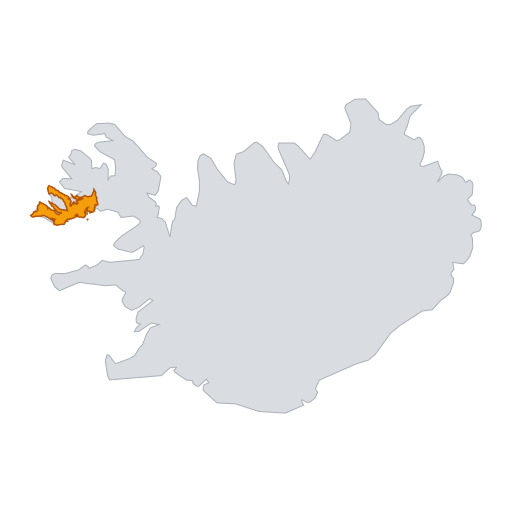 location of Vesturbyggð, Vestfirðir, Iceland
{"feature_id": "244011B84482513465742", "entity_name": "Vesturbyggð", "entity_type": "district", "adm_level": 2, "iso_a3": "ISL", "parent_name": "Iceland", "parent_adm1": "Vestfirðir", "projection": "orthographic", "projection_center": [-23.535, 65.593], "detail": "fine", "context": "in_parent", "style": "filled", "palette": "amber", "viewbox_px": 512, "rotation_deg": 0, "n_neighbors": 0, "source": "geoboundaries", "source_scale": "gbopen_adm2", "svg_char_len": 8956}
<svg xmlns="http://www.w3.org/2000/svg" viewBox="0 0 512 512"><path d="M386.3,124.6L390.8,124.4L397.7,120.1L406.9,108.9L411.1,106.2L421.2,104.7L410.2,115.9L407.0,126.9L404.3,132.4L404.6,134.7L414.2,139.8L418.2,137.1L420.1,137.7L422.2,140.4L424.2,146.1L424.3,152.3L422.6,158.8L419.9,164.4L420.6,166.0L423.5,166.4L437.6,161.3L440.3,168.5L442.0,170.8L441.9,173.4L437.3,182.3L443.4,176.2L448.6,174.0L458.2,175.1L462.5,177.5L465.5,182.3L469.8,179.9L472.4,182.5L473.0,185.6L472.2,194.5L467.4,199.7L471.7,205.3L474.5,205.0L475.2,206.4L475.5,210.1L471.9,215.1L479.7,218.7L480.9,220.4L481.3,225.9L480.6,229.2L478.7,231.4L473.6,232.5L470.8,235.0L472.4,238.3L472.8,247.7L469.9,256.0L466.7,260.6L463.4,263.8L452.6,262.4L454.0,268.9L450.8,273.5L452.0,276.8L453.6,278.3L453.5,282.7L450.0,292.4L447.1,295.8L440.8,300.3L432.2,309.8L422.3,311.0L399.4,325.8L390.5,333.3L375.3,354.3L368.5,360.1L356.2,363.9L319.3,380.1L315.7,388.0L315.6,389.6L317.6,392.3L315.2,397.9L309.7,402.3L307.0,402.4L301.9,399.7L301.5,401.2L303.7,405.1L285.4,413.1L259.0,411.5L235.4,403.8L217.0,402.9L203.5,390.7L203.0,388.7L204.2,384.7L208.8,382.8L206.4,379.0L198.9,386.2L196.4,386.1L193.0,383.5L192.8,380.8L186.3,380.0L174.8,372.2L173.9,370.4L176.5,367.6L175.9,367.1L169.9,367.8L161.4,375.6L109.5,379.9L107.7,375.9L105.3,361.1L107.0,354.8L109.2,355.4L115.4,363.7L129.1,358.8L134.7,355.5L139.7,347.3L142.6,344.6L146.5,334.2L150.5,327.8L159.1,324.6L151.3,323.0L138.6,331.6L134.3,331.7L136.2,328.1L140.6,323.9L137.5,323.7L136.3,321.9L136.1,318.1L138.2,311.9L153.0,300.5L149.4,298.6L139.1,307.2L131.6,310.3L125.2,306.6L122.2,301.5L122.3,299.3L125.8,292.7L125.2,291.4L122.7,290.8L115.9,284.9L105.3,285.7L79.1,282.4L59.4,290.7L54.7,286.8L50.8,278.5L51.7,275.2L55.1,273.4L64.7,273.7L78.9,269.8L85.3,264.9L87.8,266.1L89.0,268.4L97.6,264.7L102.2,260.4L110.0,262.3L139.3,259.5L142.9,253.8L144.2,247.1L143.5,245.7L133.0,252.1L130.5,252.1L118.1,249.1L113.5,245.5L114.9,242.5L121.4,236.1L137.8,225.1L140.0,222.9L140.2,220.4L133.5,216.0L121.1,217.5L117.8,212.2L107.5,209.2L100.6,211.3L96.9,208.1L56.4,225.1L43.3,217.2L33.9,215.8L33.1,213.4L38.6,206.0L42.4,204.7L46.1,205.4L53.3,210.7L58.2,212.3L52.1,204.6L51.8,197.3L49.9,195.4L48.1,190.5L48.9,188.9L56.2,190.0L68.0,198.5L73.8,197.0L81.4,191.6L64.5,188.5L59.4,181.8L63.0,178.4L71.7,178.8L62.1,167.3L61.6,165.3L63.3,160.2L75.3,164.7L69.0,157.9L68.8,156.4L70.6,155.1L71.6,150.9L74.6,149.3L80.6,150.7L90.1,158.5L91.5,160.7L91.9,168.7L95.6,167.5L100.0,168.5L103.6,163.0L106.2,164.3L108.2,169.1L108.1,179.8L110.7,176.0L115.1,175.7L115.6,166.9L114.6,159.8L100.2,151.9L94.5,146.1L95.1,144.1L97.9,142.3L112.8,140.6L106.3,137.2L104.7,133.7L93.5,135.2L87.8,133.8L87.6,132.0L89.9,129.3L96.6,123.7L109.5,123.1L114.8,124.5L125.1,136.4L133.2,141.1L147.2,157.1L156.1,163.1L156.6,164.7L155.2,166.6L151.9,169.0L157.1,171.6L160.5,175.8L160.7,177.6L158.3,190.9L155.2,195.3L147.0,193.1L149.0,197.2L155.0,201.5L156.4,203.9L155.6,206.4L158.4,205.6L159.3,206.9L158.3,214.5L156.9,217.2L161.8,218.6L165.3,222.2L170.0,237.1L171.7,225.4L172.7,221.1L174.7,219.5L176.6,207.5L181.7,200.3L186.7,197.5L192.4,205.4L196.2,206.1L199.4,191.4L199.4,180.7L197.6,169.0L197.9,160.6L200.2,155.5L203.5,153.8L210.9,158.3L217.6,169.7L227.5,181.8L234.0,184.6L235.1,184.1L236.0,179.9L234.0,163.3L236.3,154.2L243.6,151.5L254.3,142.6L256.8,142.1L262.7,146.4L274.0,162.4L281.7,169.6L286.5,181.6L288.4,183.8L289.6,179.8L289.3,174.3L278.5,149.3L278.1,145.9L278.7,143.0L294.2,143.0L297.9,145.6L310.0,159.2L314.7,152.7L323.4,134.4L327.0,134.6L336.6,140.7L340.0,139.6L349.7,132.2L351.0,123.9L344.8,108.0L346.2,104.5L355.2,99.3L365.6,98.9L378.0,112.8L379.3,119.8L386.3,124.6Z" fill="#d9dde1" stroke="#a8b0b8" stroke-width="1"/><path d="M71.4,194.5L72.1,196.1L73.3,197.3L73.3,197.7L73.4,197.9L74.3,198.1L74.8,198.6L77.5,199.4L79.3,198.7L80.4,198.9L81.1,198.5L82.0,198.4L82.5,198.7L81.4,199.1L80.6,199.8L79.2,199.8L78.6,200.5L76.6,200.8L76.2,201.1L76.6,201.9L77.2,202.6L77.1,202.8L77.8,203.1L77.6,203.7L76.9,204.3L76.2,204.1L74.4,202.3L73.8,202.0L73.8,202.3L74.1,203.1L74.1,203.8L73.8,204.1L72.8,202.9L72.8,202.5L72.6,203.2L71.8,204.4L71.6,205.1L71.6,205.5L71.1,206.1L70.0,205.4L70.3,204.3L70.0,203.9L70.0,203.6L71.1,201.9L71.0,201.6L70.5,200.2L70.3,200.2L70.1,199.8L69.9,198.4L69.4,198.3L68.6,199.0L68.2,198.9L68.4,198.2L68.8,197.8L68.7,197.2L68.6,196.8L66.1,195.4L64.7,195.5L64.6,195.1L65.3,195.5L65.5,195.4L64.5,194.9L63.7,194.2L62.9,194.2L62.3,193.6L61.1,192.8L60.0,192.7L60.4,193.0L60.0,192.8L58.9,191.4L58.0,190.5L56.1,190.3L55.9,189.8L54.6,188.7L54.6,188.4L54.2,188.0L53.2,187.9L52.3,187.4L52.0,186.9L50.2,186.4L49.7,185.9L48.7,186.0L48.3,186.9L48.1,187.1L48.1,187.3L47.7,188.1L47.8,188.7L47.7,188.8L48.2,190.3L48.1,190.7L48.1,191.1L48.6,192.4L48.9,193.7L49.2,194.1L49.4,194.0L50.9,193.0L51.4,193.3L52.2,193.4L53.2,194.2L53.4,194.8L54.1,195.5L54.9,195.8L55.2,195.8L55.7,195.0L56.3,194.8L56.9,195.4L57.8,196.1L58.8,197.6L60.7,197.4L61.0,198.6L61.6,198.6L63.0,199.5L63.2,200.7L64.7,202.4L65.2,203.3L65.1,204.1L65.4,204.9L66.2,206.5L66.3,207.0L66.6,207.6L66.9,208.6L67.3,210.7L66.5,210.2L64.8,210.1L63.8,209.8L62.6,209.9L59.5,209.1L56.3,205.8L54.5,204.5L53.2,204.0L52.0,203.1L50.3,202.6L49.6,201.7L49.1,201.5L49.3,202.0L49.9,203.2L50.6,203.9L51.6,205.8L52.0,206.2L52.2,206.7L52.2,206.3L52.4,206.4L52.2,206.5L52.7,206.5L53.2,206.8L54.0,208.2L54.4,208.3L56.8,211.0L57.0,211.6L57.4,211.9L57.5,212.2L58.8,212.4L59.4,212.8L60.7,212.3L61.0,212.5L61.2,213.1L60.0,213.3L59.1,214.0L59.1,214.3L58.8,214.7L58.3,214.6L56.8,214.0L55.8,213.0L54.7,211.5L54.6,211.3L54.7,211.1L55.0,210.7L54.7,210.3L51.9,210.2L51.1,209.9L48.8,207.8L47.9,208.6L47.9,208.0L48.2,208.2L48.3,208.1L47.4,207.6L47.4,207.4L47.5,207.1L47.4,206.7L46.1,205.3L44.3,204.6L43.2,203.7L42.0,203.2L40.9,202.7L40.6,202.3L39.7,202.0L39.4,202.3L39.4,202.7L39.6,203.3L39.5,203.6L39.3,203.8L39.3,204.2L38.7,204.9L38.2,205.1L37.4,206.3L37.7,206.9L37.5,207.6L37.5,208.3L37.8,209.0L37.7,210.0L37.5,210.5L36.0,211.6L34.0,211.7L33.5,212.4L33.7,212.9L33.5,213.3L32.3,214.4L31.6,214.7L31.4,215.1L30.9,215.2L30.7,215.5L32.1,216.8L32.8,217.0L34.0,216.9L35.7,216.2L41.6,216.1L41.8,215.9L42.0,215.5L42.2,215.4L44.9,215.8L48.6,217.8L52.0,220.1L52.4,220.0L51.9,219.8L50.3,218.6L51.5,218.9L51.9,218.3L52.2,218.2L53.7,218.8L54.0,219.0L54.5,219.0L54.5,219.4L54.9,219.4L54.6,219.7L54.1,219.6L54.3,220.0L54.5,219.9L54.5,220.4L54.3,221.3L54.1,221.2L54.1,221.6L52.7,220.3L52.7,220.6L52.9,220.9L54.1,222.2L54.0,222.5L54.1,222.8L53.7,223.8L54.3,224.5L55.4,224.5L55.6,224.7L57.1,225.2L61.2,224.4L63.2,224.3L63.3,224.4L63.8,224.1L64.2,224.2L64.3,223.7L65.0,222.9L65.1,222.7L65.2,222.1L65.2,221.7L65.3,221.3L66.5,220.6L66.7,219.6L67.7,219.2L69.4,219.3L70.1,218.7L71.2,218.7L72.9,218.0L74.3,217.7L75.3,216.7L77.2,216.6L77.5,216.3L76.3,215.6L75.6,215.4L76.3,214.9L76.2,214.9L76.5,214.5L76.3,214.4L76.3,214.2L77.0,214.3L77.3,215.1L77.5,215.2L77.3,215.4L77.5,215.5L77.2,215.7L77.8,215.5L78.1,216.2L78.1,216.5L78.6,216.9L81.9,217.2L83.3,217.7L84.1,217.4L84.5,217.1L84.6,216.7L85.5,215.6L85.4,215.5L85.5,215.1L85.7,214.6L85.6,214.0L85.1,213.4L85.2,213.2L85.4,213.2L85.0,213.0L85.3,212.9L85.0,212.7L84.9,212.3L85.1,212.1L84.8,211.4L85.2,211.0L85.1,210.7L85.3,210.4L85.8,210.0L85.7,209.5L85.9,209.1L86.0,209.0L86.0,208.8L86.7,208.4L87.2,207.5L87.5,207.5L87.3,207.8L87.5,207.7L87.7,207.9L87.6,208.1L87.8,208.0L87.4,208.6L87.1,208.6L87.1,209.0L87.1,209.3L87.1,209.5L87.3,209.9L87.2,210.0L87.3,210.5L87.3,211.1L87.1,211.5L87.6,211.2L89.3,211.5L90.0,211.3L90.3,211.4L90.3,211.6L90.6,211.9L90.4,212.0L90.6,211.9L90.6,212.1L91.0,212.4L92.7,211.9L93.0,212.0L93.8,210.7L94.1,210.7L93.9,210.5L94.0,210.3L94.4,209.9L94.2,210.0L94.3,209.9L94.2,209.7L94.6,209.3L94.5,209.2L94.5,208.3L94.9,207.8L94.6,207.7L94.5,207.4L94.8,206.8L95.0,206.7L94.7,206.7L94.7,206.4L95.0,205.7L95.1,205.2L95.3,204.7L95.6,204.8L95.6,205.4L95.5,205.6L95.8,205.8L96.3,205.2L97.8,204.7L97.8,204.4L97.6,203.6L97.6,202.7L97.2,201.9L96.8,201.4L96.9,200.8L96.5,199.9L96.6,199.2L96.8,199.0L96.8,197.8L95.4,194.9L95.7,192.5L94.0,189.5L93.9,190.2L93.7,191.5L92.8,193.0L92.8,193.4L91.7,195.8L91.2,196.2L89.6,196.3L88.0,196.9L84.6,195.5L83.9,196.2L82.8,196.6L82.3,197.2L79.4,197.4L76.7,195.6L75.1,197.7L74.5,197.7L73.4,196.5L72.6,196.1L72.0,194.8L71.4,194.5ZM87.9,213.8L87.4,213.7L87.4,213.9L87.9,213.8ZM66.9,221.3L67.3,221.2L67.1,221.1L66.9,221.3ZM90.0,213.0L90.3,212.8L89.8,213.0L90.0,213.0ZM90.9,212.5L90.7,212.4L90.6,212.5L90.9,212.5ZM87.4,219.3L87.0,219.5L87.5,219.4L87.4,219.3ZM86.7,219.8L86.9,219.7L87.0,219.6L86.7,219.8ZM69.3,219.4L69.7,219.2L69.2,219.4L69.3,219.4ZM66.8,220.7L67.1,220.6L66.8,220.7ZM87.4,220.9L87.1,220.8L87.4,220.9ZM89.8,211.6L89.7,211.4L89.6,211.5L89.8,211.6ZM71.1,218.9L71.3,218.8L71.4,218.7L71.1,218.9ZM87.9,219.1L87.7,219.0L87.9,219.1ZM89.1,211.7L89.5,211.5L89.1,211.7ZM92.3,212.3L92.5,212.2L92.3,212.3ZM94.0,210.9L94.3,210.8L94.3,210.7L94.0,210.9ZM89.7,213.0L89.7,212.9L89.5,213.0L89.7,213.0ZM91.7,212.7L91.8,212.6L91.7,212.7ZM91.7,212.4L91.8,212.4L91.7,212.4Z" fill="#f59e0b" stroke="#b45309" stroke-width="1.5"/></svg>